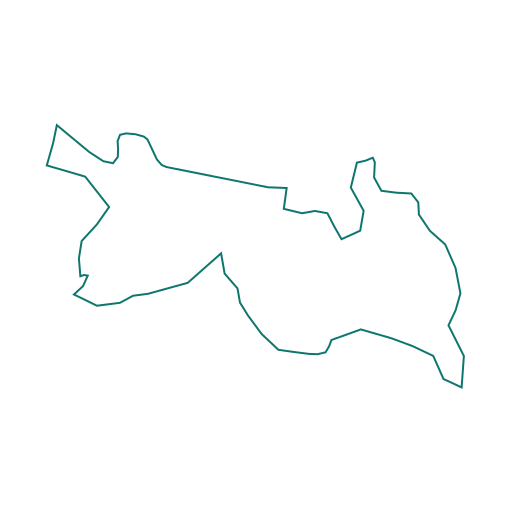 an SVG outline of Santo Domingo, rotated 185°
{"feature_id": "DOM-1394", "entity_name": "Santo Domingo", "entity_type": "Province", "adm_level": 1, "iso_a3": "DOM", "parent_name": "Dominican Republic", "parent_adm1": "", "projection": "albers", "projection_center": [-69.842, 18.571], "detail": "fine", "context": "isolated", "style": "outline", "palette": "teal", "viewbox_px": 512, "rotation_deg": 185, "n_neighbors": 0, "source": "natural_earth", "source_scale": "10m", "svg_char_len": 1113}
<svg xmlns="http://www.w3.org/2000/svg" viewBox="0 0 512 512"><g transform="rotate(185 256 256)"><path d="M163.6,357.8L155.2,360.5L148.2,364.1L145.8,359.7L145.2,344.5L136.8,331.9L121.8,331.3L106.7,331.8L99.0,323.5L97.3,311.4L84.9,296.2L68.5,284.0L56.2,261.5L49.1,236.6L52.4,219.4L58.2,203.7L40.2,174.5L39.7,143.0L58.5,149.8L70.7,171.9L91.9,179.8L113.7,185.8L145.2,192.0L173.5,178.9L175.3,172.4L178.3,166.1L186.2,163.5L194.6,163.1L210.1,163.7L225.5,164.5L243.6,178.8L258.7,195.9L267.9,208.2L271.6,222.1L285.7,235.7L291.0,255.6L321.7,223.3L360.4,208.9L375.0,205.7L387.5,197.5L410.1,192.6L434.0,201.8L425.7,210.9L421.9,221.8L425.6,222.1L429.2,220.5L432.2,238.1L431.0,255.7L417.3,273.5L406.6,292.0L433.1,320.2L472.3,328.0L468.0,350.5L465.8,369.0L431.1,345.0L416.3,337.1L406.5,336.0L402.3,342.6L402.7,350.5L403.9,358.4L402.0,364.9L396.1,366.8L386.7,366.8L378.1,365.2L374.3,362.7L363.1,343.5L357.8,338.4L352.8,336.8L250.0,325.5L231.4,326.4L232.4,305.4L213.8,302.6L201.3,306.0L188.6,304.8L180.4,291.9L172.3,280.2L154.4,290.3L152.7,310.4L167.5,332.4L163.6,357.8Z" fill="none" stroke="#0f766e" stroke-width="2"/></g></svg>